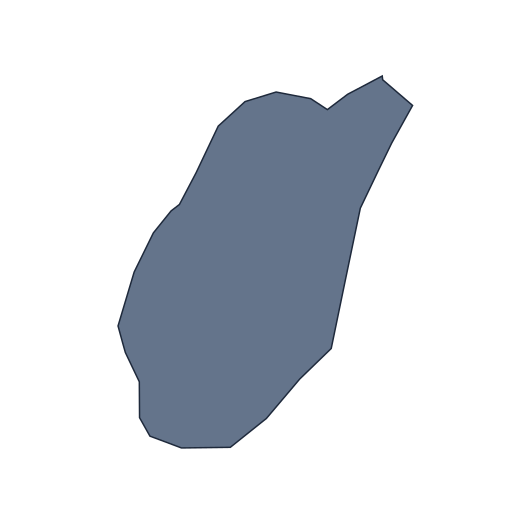 map outline of Mojkovac (Natural Earth projection), rotated 283°
{"feature_id": "MNE-1513", "entity_name": "Mojkovac", "entity_type": "Municipality", "adm_level": 1, "iso_a3": "MNE", "parent_name": "Montenegro", "parent_adm1": "", "projection": "natural_earth1", "projection_center": [19.506, 42.966], "detail": "fine", "context": "isolated", "style": "filled", "palette": "slate", "viewbox_px": 512, "rotation_deg": 283, "n_neighbors": 0, "source": "natural_earth", "source_scale": "10m", "svg_char_len": 559}
<svg xmlns="http://www.w3.org/2000/svg" viewBox="0 0 512 512"><g transform="rotate(283 256 256)"><path d="M52.7,222.9L56.6,193.2L72.3,178.9L107.2,170.6L132.6,150.4L140.8,145.9L156.8,137.3L194.4,139.7L213.0,140.9L255.4,150.8L280.8,163.1L289.0,169.8L323.6,178.9L374.1,190.0L404.0,210.6L420.3,238.7L421.6,274.0L414.7,292.6L434.2,308.9L459.8,338.5L456.2,339.8L437.9,374.7L396.5,362.8L366.9,356.0L326.1,346.9L251.7,348.5L182.8,350.1L146.0,326.3L99.9,302.6L97.7,300.8L63.8,274.0L52.2,226.5L52.7,222.9Z" fill="#64748b" stroke="#1e293b" stroke-width="1.5"/></g></svg>